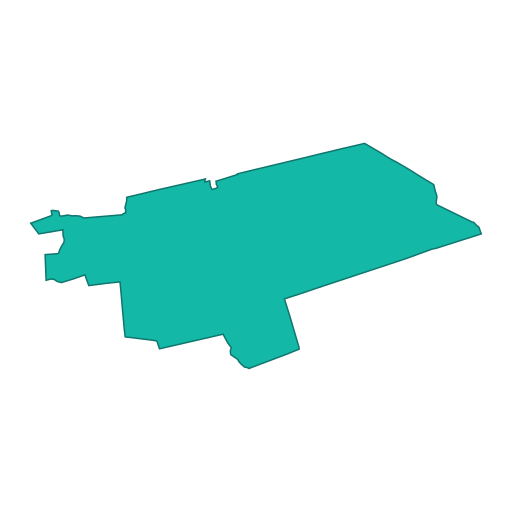 outline of Plopii-Slavitesti, Teleorman, Romania
{"feature_id": "2599482B4381153451423", "entity_name": "Plopii-Slavitesti", "entity_type": "district", "adm_level": 2, "iso_a3": "ROU", "parent_name": "Romania", "parent_adm1": "Teleorman", "projection": "equal_earth", "projection_center": [24.675, 43.97], "detail": "fine", "context": "isolated", "style": "filled", "palette": "teal", "viewbox_px": 512, "rotation_deg": 0, "n_neighbors": 0, "source": "geoboundaries", "source_scale": "gbopen_adm2", "svg_char_len": 1923}
<svg xmlns="http://www.w3.org/2000/svg" viewBox="0 0 512 512"><path d="M159.5,348.8L223.1,334.2L224.7,337.3L227.9,343.2L231.2,347.5L230.3,351.1L230.7,354.6L237.7,359.4L239.0,361.8L241.2,364.2L244.5,367.1L247.0,367.5L248.9,368.5L256.7,365.5L268.7,361.0L276.3,358.1L288.3,353.6L299.2,349.1L298.9,346.9L289.4,314.7L286.9,306.8L284.4,298.9L290.9,296.8L304.7,292.3L314.8,288.8L406.9,258.3L432.1,249.1L436.1,248.3L481.3,233.9L480.2,230.9L479.1,227.6L478.6,226.9L477.0,225.7L476.4,225.2L473.7,222.3L472.1,222.0L457.4,214.8L440.0,206.3L437.1,204.9L436.6,204.3L436.2,203.2L436.2,201.8L436.9,197.3L436.7,195.4L435.3,191.2L433.8,184.8L432.8,184.0L427.8,181.0L426.3,180.2L423.1,178.2L420.1,176.3L419.4,175.9L416.4,174.1L410.5,170.3L400.8,164.6L395.9,161.7L394.8,161.2L393.5,160.6L389.1,158.1L384.5,155.3L383.7,154.6L374.4,149.1L366.8,144.7L365.1,143.7L364.9,143.5L363.5,143.6L361.3,144.2L343.5,148.3L323.4,153.1L300.5,158.7L256.9,169.1L237.4,173.8L237.5,174.5L220.1,180.0L216.0,181.2L216.4,184.5L217.8,187.1L215.9,188.5L214.6,188.6L212.3,189.6L211.5,188.6L210.4,186.1L209.7,180.8L204.9,182.0L204.9,180.6L205.4,178.9L203.2,179.5L159.2,189.5L126.7,197.3L126.7,200.6L125.8,204.3L124.9,208.0L125.6,208.9L125.6,212.9L124.7,213.0L123.4,213.7L122.0,214.8L83.9,218.0L80.0,216.1L75.5,215.7L72.4,215.9L67.5,215.0L64.8,215.6L61.7,216.1L59.6,215.8L59.4,214.5L59.3,213.2L58.8,212.1L58.3,211.1L56.2,210.9L55.8,210.9L55.3,210.8L53.3,210.4L51.8,210.4L51.2,210.8L51.5,212.8L52.2,214.5L51.0,215.8L48.2,216.8L30.7,223.2L38.8,233.9L62.9,229.8L63.1,235.7L64.3,239.6L63.9,242.5L61.6,246.1L59.5,250.2L58.7,253.1L57.6,253.7L45.1,254.6L45.5,264.6L46.0,276.9L46.1,280.3L48.3,279.7L50.5,279.0L52.3,279.2L54.0,279.4L57.3,281.5L61.4,282.6L73.7,278.8L84.9,274.9L88.8,285.6L106.6,283.3L120.0,281.9L121.2,294.7L122.4,308.7L124.3,329.7L125.2,336.9L149.9,339.9L152.5,340.3L156.8,340.9L158.6,346.1L159.5,348.8Z" fill="#14b8a6" stroke="#0f766e" stroke-width="1.5"/></svg>